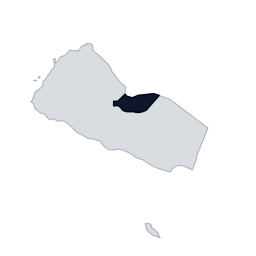 Zamakh wa Manwokh, Hadramawt, Yemen (highlighted), rotated 46°
{"feature_id": "15242507B25520584620075", "entity_name": "Zamakh wa Manwokh", "entity_type": "district", "adm_level": 2, "iso_a3": "YEM", "parent_name": "Yemen", "parent_adm1": "Hadramawt", "projection": "albers", "projection_center": [47.768, 17.17], "detail": "fine", "context": "in_parent", "style": "filled", "palette": "ink", "viewbox_px": 256, "rotation_deg": 46, "n_neighbors": 0, "source": "geoboundaries", "source_scale": "gbopen_adm2", "svg_char_len": 5957}
<svg xmlns="http://www.w3.org/2000/svg" viewBox="0 0 256 256"><g transform="rotate(46 128 128)"><path d="M202.9,110.8L194.6,114.1L192.4,115.5L190.4,117.3L188.9,119.4L188.0,123.2L188.9,126.6L188.8,128.4L186.7,129.6L184.7,130.6L182.4,131.9L181.1,132.3L180.0,133.4L178.7,134.1L174.0,136.1L168.9,137.7L160.7,139.6L157.6,141.6L154.7,142.9L150.3,143.4L144.3,145.3L141.0,146.8L136.9,149.2L136.0,150.0L135.2,151.7L134.0,153.3L131.5,155.8L129.6,157.1L128.3,157.1L125.9,157.8L123.0,158.0L118.1,157.1L116.9,157.7L115.9,158.7L112.1,160.4L108.3,163.8L105.5,164.7L101.0,165.8L97.8,167.2L95.7,167.7L93.0,168.0L87.9,167.8L83.1,168.3L78.7,169.2L76.6,171.0L74.1,173.9L70.2,175.0L69.3,176.0L68.1,178.2L65.5,178.7L63.2,179.0L60.9,178.0L56.5,180.5L54.8,180.9L52.3,181.0L50.5,181.5L49.2,181.3L47.6,180.3L44.2,179.0L41.7,179.7L41.5,177.3L37.6,169.8L38.6,163.3L38.6,162.4L37.8,159.5L35.5,156.8L35.6,153.5L34.9,151.1L34.3,148.6L34.5,147.9L34.5,147.4L33.4,143.5L33.0,142.8L32.9,142.0L33.3,141.4L33.3,140.7L32.7,139.5L32.0,137.3L28.7,135.4L29.5,133.8L30.1,134.4L31.0,134.9L31.2,133.9L31.2,133.1L29.9,128.1L32.1,121.6L31.6,115.7L34.8,113.4L35.6,112.7L36.1,112.1L36.8,110.8L37.8,110.4L38.2,109.0L38.2,108.3L37.6,107.6L37.1,106.0L37.4,103.9L37.5,103.0L37.9,101.4L39.0,100.8L39.3,100.4L38.5,99.3L38.6,98.7L40.4,97.1L41.2,96.6L42.4,96.1L43.3,96.1L44.4,96.5L45.3,97.0L46.2,97.8L47.2,98.8L48.7,99.2L49.7,99.2L50.6,99.6L51.3,99.4L52.1,98.9L53.4,99.0L54.6,98.4L57.9,98.2L61.0,98.4L64.4,98.0L67.7,98.1L71.0,98.2L71.7,98.2L72.5,98.6L75.3,100.1L77.4,100.4L81.7,100.9L86.3,101.4L90.2,101.8L93.6,101.4L96.4,101.2L97.2,101.2L98.0,102.2L99.7,104.5L101.2,106.7L104.0,106.8L105.8,106.0L107.8,104.8L109.0,103.9L110.4,100.4L111.3,98.1L113.3,95.5L115.1,93.4L117.3,90.5L118.6,88.9L121.1,85.8L123.4,84.6L128.0,82.2L132.5,79.9L135.4,78.3L137.8,77.6L142.0,77.0L146.9,76.3L151.8,75.5L157.0,74.7L162.7,73.8L166.7,73.2L171.8,72.4L176.0,71.7L179.7,71.1L183.5,70.5L184.3,72.2L185.1,73.9L185.8,75.6L186.6,77.3L187.4,79.1L188.2,80.8L188.9,82.5L189.7,84.2L190.5,85.9L191.2,87.6L192.0,89.4L192.8,91.1L193.6,92.8L194.3,94.5L195.1,96.2L195.9,97.9L196.6,99.6L197.8,100.1L198.6,101.7L199.7,104.0L200.7,106.3L201.8,108.5L202.9,110.8ZM216.3,180.0L217.3,180.2L218.9,179.5L223.5,179.3L229.0,181.0L228.0,181.6L227.4,182.3L225.0,183.0L222.7,184.6L215.7,185.5L213.6,185.2L211.9,183.8L208.7,182.0L209.9,180.8L210.2,180.2L210.6,179.7L212.4,178.8L214.1,178.8L216.3,180.0ZM30.4,157.4L30.1,157.7L29.8,157.6L28.8,156.7L30.0,155.7L30.6,156.7L30.4,157.4ZM27.6,134.2L27.1,134.6L27.0,133.9L27.4,132.4L27.9,132.0L28.3,133.1L28.0,133.7L27.6,134.2ZM29.7,162.0L28.6,162.5L29.4,161.1L30.2,160.9L30.4,160.9L29.7,162.0Z" fill="#d9dde1" stroke="#a8b0b8" stroke-width="1"/><path d="M98.9,119.8L99.2,120.1L99.4,120.3L99.5,120.4L99.6,120.5L99.8,120.7L99.9,120.8L100.0,120.8L100.2,121.0L100.3,121.1L100.5,121.2L100.6,121.3L100.8,121.5L101.0,121.7L101.0,121.8L101.2,122.1L101.3,122.2L101.4,122.3L101.5,122.4L101.5,122.5L101.8,122.7L102.1,122.7L102.3,122.7L102.5,122.6L102.7,122.4L102.8,122.3L102.9,122.2L103.1,121.9L103.2,121.7L103.3,121.6L103.4,121.3L103.4,121.2L103.5,121.1L103.5,120.9L103.6,120.6L103.8,120.4L104.0,120.2L104.3,120.0L104.6,119.9L104.8,119.8L105.0,119.7L105.3,119.5L105.6,119.5L105.6,119.4L105.8,119.4L106.0,119.3L106.3,119.2L106.6,119.2L106.8,119.2L107.0,119.1L107.3,119.1L107.5,119.1L107.9,119.1L108.0,119.1L108.3,119.1L108.6,119.1L108.9,119.1L109.0,119.1L109.3,119.2L109.5,119.2L109.8,119.2L110.0,119.2L110.3,119.2L110.4,119.3L110.5,119.3L110.8,119.3L111.0,119.3L111.3,119.3L111.5,119.3L111.8,119.3L112.0,119.3L112.3,119.2L112.5,119.2L112.8,119.0L113.0,118.9L113.3,118.7L113.5,118.5L113.6,118.4L113.8,118.2L114.1,118.1L114.3,118.0L114.5,117.9L114.9,117.8L115.0,117.7L115.3,117.5L115.4,117.4L115.5,117.4L115.7,117.2L115.8,117.1L116.0,116.9L116.2,116.7L116.3,116.6L116.5,116.4L116.7,116.2L116.8,116.1L117.0,115.9L117.2,115.7L117.3,115.6L117.5,115.4L117.7,115.2L117.8,115.2L118.0,115.0L118.0,114.8L118.1,114.7L118.3,114.4L118.5,114.2L118.7,113.9L118.8,113.9L118.9,113.7L119.0,113.7L119.3,113.4L119.5,113.3L119.6,113.2L119.8,113.0L119.9,112.9L120.0,112.8L120.1,112.7L120.3,112.6L120.5,112.5L120.6,112.4L120.8,112.3L120.8,112.2L121.0,112.1L121.4,111.9L121.5,111.9L121.7,111.7L121.8,111.6L122.0,111.5L122.2,111.4L122.3,111.4L122.5,111.2L122.8,110.9L123.0,110.7L123.3,110.5L123.3,110.4L123.5,110.2L123.8,109.9L124.0,109.7L124.2,109.4L124.3,109.3L124.4,109.2L124.5,109.1L124.6,108.8L124.7,108.7L124.8,108.6L125.0,108.4L125.0,108.2L125.3,107.9L125.4,107.7L125.5,107.6L125.7,107.3L125.7,107.2L125.8,107.1L125.9,106.9L126.0,106.9L126.1,106.6L126.2,106.4L126.3,106.3L126.3,106.2L126.4,105.9L126.5,105.8L126.5,105.7L126.7,105.3L126.8,105.2L126.9,104.9L126.9,104.7L127.0,104.6L127.1,104.4L127.2,104.1L127.3,103.9L127.4,103.7L127.5,103.5L127.6,103.4L127.6,103.2L127.7,102.9L127.7,102.7L127.8,102.6L127.8,102.4L127.8,102.2L127.8,101.9L127.8,101.6L127.8,101.4L127.7,101.3L127.6,100.1L127.3,96.2L127.2,94.9L126.5,86.1L126.2,83.1L125.8,83.3L125.5,83.4L125.1,83.6L124.7,83.8L124.3,84.0L123.9,84.2L123.6,84.4L123.2,84.6L122.9,84.8L122.4,85.0L122.0,85.2L121.6,85.4L121.3,85.6L121.0,86.0L120.7,86.3L120.5,86.7L120.1,87.1L119.9,87.3L119.7,87.7L119.4,88.0L119.1,88.4L118.8,88.7L118.6,89.1L118.3,89.4L118.0,89.8L117.8,90.1L117.5,90.5L117.2,90.8L117.0,91.1L116.7,91.5L116.4,91.8L116.2,92.2L115.9,92.5L115.6,92.9L115.4,93.2L115.1,93.6L114.8,93.9L114.6,94.3L114.3,94.6L114.0,95.0L113.8,95.3L113.5,95.6L113.2,96.0L113.0,96.3L112.7,96.7L112.4,97.0L112.2,97.4L111.9,97.7L111.6,98.1L111.3,98.9L111.0,99.7L110.8,100.1L110.5,101.0L110.2,101.8L110.0,102.2L109.7,103.0L109.4,103.9L109.1,104.1L108.7,104.3L108.4,104.5L108.1,104.7L107.7,104.9L107.4,105.1L107.0,105.3L106.7,105.5L106.4,105.7L106.0,105.9L105.7,106.1L105.4,106.3L105.0,106.5L104.7,106.7L103.9,106.7L103.2,106.7L102.8,106.7L102.4,106.7L101.7,106.7L101.7,106.8L101.7,108.8L101.7,109.4L101.7,110.4L101.7,111.4L101.7,113.5L101.6,116.8L98.9,119.8Z" fill="#0f172a" stroke="#020617" stroke-width="1.5"/></g></svg>